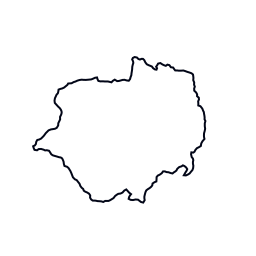 Comercinho, Minas Gerais, Brazil, rotated 138°
{"feature_id": "56859067B55549255445639", "entity_name": "Comercinho", "entity_type": "district", "adm_level": 2, "iso_a3": "BRA", "parent_name": "Brazil", "parent_adm1": "Minas Gerais", "projection": "albers", "projection_center": [-41.766, -16.287], "detail": "fine", "context": "isolated", "style": "outline", "palette": "ink", "viewbox_px": 256, "rotation_deg": 138, "n_neighbors": 0, "source": "geoboundaries", "source_scale": "gbopen_adm2", "svg_char_len": 3450}
<svg xmlns="http://www.w3.org/2000/svg" viewBox="0 0 256 256"><g transform="rotate(138 128 128)"><path d="M166.6,62.4L163.9,63.2L162.8,64.9L161.7,66.1L160.0,67.3L158.0,68.6L156.2,69.4L154.4,69.3L152.2,68.9L150.1,68.8L148.4,69.1L146.9,70.3L144.6,70.0L142.7,69.3L141.2,70.7L139.6,72.4L137.7,72.7L135.7,72.1L133.2,71.8L131.0,72.3L129.6,71.0L128.9,69.5L127.5,68.0L126.4,65.9L125.3,64.4L123.8,64.4L122.2,64.1L120.5,64.0L118.7,64.7L116.1,64.7L113.9,63.7L112.2,63.5L111.5,61.9L111.2,59.8L111.5,57.8L112.9,57.1L115.1,56.5L118.1,55.5L116.7,54.0L114.5,53.3L112.6,53.0L110.2,53.4L108.4,53.6L106.6,54.5L104.7,56.2L103.7,57.9L102.5,59.3L101.0,60.4L100.2,61.9L100.1,63.8L98.7,66.3L97.2,67.5L95.9,66.0L94.4,65.9L92.6,66.6L90.3,66.9L88.2,66.3L85.9,65.9L83.9,67.5L81.6,68.3L78.5,68.7L77.5,70.5L76.5,71.7L75.0,73.2L73.1,74.4L71.2,75.8L69.7,78.0L67.8,80.1L65.8,81.4L65.3,83.2L63.9,84.7L62.8,86.3L61.9,87.8L61.0,89.1L60.6,90.6L59.8,92.7L59.6,95.7L60.7,97.7L59.3,99.2L58.0,100.9L56.2,101.7L55.1,103.2L55.4,105.4L54.1,106.8L53.6,108.8L53.8,111.4L52.4,113.1L50.7,114.0L49.9,116.0L48.3,117.6L47.5,119.9L45.9,121.4L44.8,122.9L43.9,124.3L44.2,126.2L45.2,128.1L46.4,130.1L47.5,132.2L48.4,133.7L50.2,135.1L51.9,136.6L52.9,137.8L54.4,139.2L54.3,140.7L54.0,142.7L55.5,144.5L55.2,147.0L56.3,148.7L58.3,148.9L59.1,150.3L59.9,152.2L60.5,154.6L62.5,155.7L64.4,155.1L66.1,154.7L66.4,153.0L67.8,152.3L68.8,153.5L69.3,155.6L69.1,157.7L69.8,159.2L70.6,160.8L71.4,162.8L71.2,165.2L70.5,167.5L70.6,169.3L71.8,170.4L73.3,170.9L74.1,172.3L74.2,174.4L75.6,176.3L77.5,176.8L79.0,176.2L79.6,174.2L80.5,172.8L82.2,171.8L83.9,170.6L85.6,168.9L87.4,167.4L88.9,166.2L90.2,165.0L92.0,164.1L93.7,163.0L95.8,162.6L97.2,164.3L98.3,166.1L99.9,167.4L101.6,168.2L103.4,169.1L104.7,170.1L105.5,172.8L107.7,173.2L109.7,173.0L110.8,174.6L111.7,175.9L112.9,177.0L114.1,178.1L115.4,179.5L117.3,181.1L118.5,182.8L118.1,184.4L117.2,186.3L118.9,187.4L120.9,188.0L122.8,188.7L124.7,190.1L127.1,191.9L128.7,193.4L130.1,194.9L131.9,196.1L134.0,197.1L136.0,197.7L137.7,198.5L140.0,199.0L141.4,200.1L142.7,201.1L144.2,200.6L146.4,200.7L148.4,200.8L150.4,201.4L152.3,202.4L153.9,203.0L155.7,201.5L157.0,200.7L158.7,200.6L160.5,199.8L162.4,199.0L164.3,197.5L165.6,195.6L165.6,193.4L165.6,190.7L165.4,188.6L165.6,186.7L166.2,184.9L167.1,183.7L168.6,182.7L171.1,181.7L172.7,179.8L174.6,179.0L176.6,178.2L178.2,176.6L180.9,175.8L182.8,176.3L184.2,177.2L186.2,178.5L188.6,179.4L190.4,179.3L192.5,179.2L194.4,178.8L196.0,178.5L197.6,178.4L199.7,178.3L201.8,178.9L203.4,179.8L205.3,179.2L207.3,177.7L208.9,177.4L210.7,177.9L211.5,176.2L212.1,174.3L210.5,172.3L208.5,172.1L206.6,170.6L205.2,168.3L204.6,166.8L203.2,165.8L201.9,163.9L202.2,161.9L202.6,159.8L202.2,158.1L201.2,156.4L200.0,154.5L198.7,152.3L197.7,151.1L197.3,149.5L197.7,148.0L198.4,146.1L199.7,144.2L200.6,142.3L199.2,139.9L199.0,137.9L199.3,136.3L199.6,134.6L200.3,132.4L201.1,130.3L201.9,128.2L201.8,125.4L201.0,123.6L201.2,121.0L201.3,119.1L202.2,116.8L202.4,114.6L202.1,112.7L202.8,111.0L202.4,109.3L201.5,107.4L200.9,105.3L201.2,103.2L202.8,101.6L203.2,99.6L202.8,97.7L200.7,95.7L199.5,94.0L198.1,92.6L196.9,91.3L195.9,89.6L193.8,89.1L192.5,87.9L191.2,86.8L189.5,86.3L187.9,86.0L185.7,85.6L183.0,86.1L180.9,85.9L179.3,85.6L177.4,84.3L175.3,83.7L172.6,84.0L170.4,83.5L170.4,81.5L170.4,79.0L170.0,76.8L171.8,76.5L173.5,75.9L174.9,74.9L174.1,72.8L172.5,71.1L170.2,69.8L168.5,68.0L167.9,64.4L166.6,62.4Z" fill="none" stroke="#020617" stroke-width="2"/></g></svg>